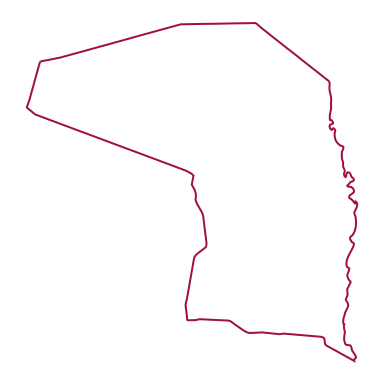 SVG path tracing the border of Alto Paraguay
{"feature_id": "PRY-597", "entity_name": "Alto Paraguay", "entity_type": "Department", "adm_level": 1, "iso_a3": "PRY", "parent_name": "Paraguay", "parent_adm1": "", "projection": "equal_earth", "projection_center": [-58.696, -20.855], "detail": "fine", "context": "isolated", "style": "outline", "palette": "rose", "viewbox_px": 384, "rotation_deg": 0, "n_neighbors": 0, "source": "natural_earth", "source_scale": "10m", "svg_char_len": 3223}
<svg xmlns="http://www.w3.org/2000/svg" viewBox="0 0 384 384"><path d="M329.8,118.1L329.9,119.8L330.4,120.2L331.0,120.0L331.6,120.3L332.2,121.0L332.9,122.2L333.1,123.4L330.1,124.7L329.5,126.5L330.0,128.5L331.6,129.9L332.1,129.7L332.4,129.1L332.9,128.4L333.8,128.4L334.3,128.8L334.9,129.6L335.3,130.6L334.6,133.6L334.7,136.4L335.3,139.0L335.9,140.8L337.2,142.7L338.9,144.4L340.7,145.7L342.2,146.1L343.4,147.0L343.2,148.9L341.9,152.0L341.8,154.2L341.8,157.0L342.2,159.6L343.1,162.2L343.1,163.4L343.1,165.7L343.3,167.2L344.3,169.3L344.7,170.5L344.7,171.7L344.0,173.7L344.1,175.0L344.6,176.2L345.3,177.0L346.0,176.8L346.8,173.1L347.8,172.3L349.1,172.5L350.2,173.5L350.5,174.2L351.0,175.8L351.3,176.5L351.8,177.1L353.0,178.2L353.7,179.0L353.9,180.1L353.3,180.9L352.4,181.4L350.6,181.9L350.0,182.5L349.1,183.8L347.9,184.9L347.3,185.9L347.8,186.5L349.9,186.8L351.5,187.2L352.9,188.3L353.8,190.0L354.0,191.9L353.1,193.0L349.8,195.3L349.1,196.7L349.3,197.9L349.9,198.5L350.4,198.7L350.7,198.9L351.1,198.9L352.9,200.9L354.8,203.4L355.3,203.4L355.6,201.5L357.1,203.1L357.2,205.5L356.5,207.9L354.3,212.2L354.4,213.7L355.6,217.0L356.1,221.8L355.8,226.8L354.6,231.4L352.8,234.8L350.5,236.9L350.1,237.7L350.0,239.0L350.4,239.9L350.9,240.4L351.2,241.0L351.9,242.2L353.1,242.6L354.0,243.7L353.4,246.5L348.0,256.9L346.8,260.5L346.5,262.8L346.5,265.2L347.2,267.1L348.7,267.9L349.4,268.8L348.8,270.9L347.8,273.4L347.2,275.2L347.6,277.0L348.4,279.0L349.4,280.5L350.3,281.1L350.7,282.2L347.2,289.3L347.3,291.4L347.6,293.4L347.5,295.4L346.4,297.8L345.8,299.6L346.6,301.2L347.7,302.9L348.3,305.4L347.9,306.7L346.0,311.1L345.3,312.1L345.1,313.1L343.3,319.4L343.2,320.9L343.2,322.5L343.4,323.6L344.4,324.3L343.8,325.3L344.3,329.8L344.9,331.5L344.1,338.2L344.3,340.7L345.0,343.2L345.7,344.5L347.0,345.0L349.0,345.1L350.5,345.6L351.2,346.7L352.0,350.3L355.7,356.0L356.1,357.3L354.6,359.0L354.1,359.8L354.3,361.0L326.7,345.7L325.6,344.8L325.0,343.7L324.4,338.6L323.3,337.6L321.2,336.8L283.7,333.6L279.5,334.2L262.4,332.4L250.1,333.0L248.8,332.9L246.9,332.3L243.9,330.7L234.9,324.5L231.0,321.5L228.7,320.6L199.8,319.2L195.4,320.1L188.0,320.3L187.3,319.9L187.0,318.8L186.9,315.6L185.6,305.7L185.6,304.7L185.8,303.3L186.9,299.0L194.0,258.6L194.3,257.6L194.8,256.6L196.0,255.0L197.2,253.8L205.3,247.6L205.7,247.2L206.0,246.8L206.2,246.4L206.3,245.8L206.4,245.1L206.5,244.1L206.5,243.1L203.1,215.5L202.3,213.2L201.9,212.2L197.5,204.7L195.9,201.0L195.7,200.2L195.6,199.3L195.9,196.5L195.9,195.6L195.9,194.6L195.4,192.1L194.9,190.6L194.0,188.5L192.3,185.7L192.0,185.1L191.9,184.4L191.9,184.0L193.5,175.6L191.4,173.6L185.8,170.6L35.3,114.5L27.8,108.4L26.8,107.3L27.3,105.9L28.3,103.1L29.3,100.3L31.5,92.4L33.7,84.4L35.9,76.5L38.1,68.5L39.6,63.2L40.3,61.9L41.5,61.2L48.7,59.9L50.4,59.5L54.2,58.8L58.0,58.0L59.8,57.7L87.0,50.2L114.2,42.7L141.5,35.1L168.8,27.6L180.9,24.3L187.5,24.2L202.7,23.9L217.9,23.7L233.1,23.4L248.3,23.2L254.9,23.0L256.5,23.6L258.9,25.7L261.2,27.8L265.3,31.0L272.8,37.0L280.3,42.9L287.8,48.8L295.4,54.7L302.9,60.7L310.4,66.6L317.9,72.5L325.4,78.4L328.6,80.9L329.4,82.2L329.7,83.7L329.4,87.3L329.6,90.7L331.0,96.9L331.2,100.3L331.0,102.7L331.1,107.3L331.0,109.5L329.8,115.2L329.8,118.1Z" fill="none" stroke="#9f1239" stroke-width="2"/></svg>